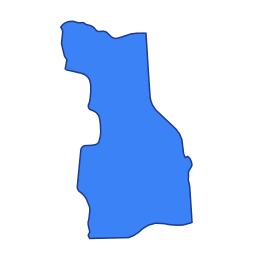 map outline of Donga (orthographic projection), rotated 177°
{"feature_id": "BEN-2182", "entity_name": "Donga", "entity_type": "Department", "adm_level": 1, "iso_a3": "BEN", "parent_name": "Benin", "parent_adm1": "", "projection": "orthographic", "projection_center": [1.891, 9.258], "detail": "fine", "context": "isolated", "style": "filled", "palette": "blue", "viewbox_px": 256, "rotation_deg": 177, "n_neighbors": 0, "source": "natural_earth", "source_scale": "10m", "svg_char_len": 2037}
<svg xmlns="http://www.w3.org/2000/svg" viewBox="0 0 256 256"><g transform="rotate(177 128 128)"><path d="M69.9,96.5L67.8,94.4L66.5,91.0L66.0,88.1L66.6,86.3L69.1,82.5L69.9,80.8L70.1,79.3L70.0,76.5L70.4,75.1L70.6,73.4L69.5,66.9L69.3,56.0L69.1,40.7L69.0,30.4L70.7,29.8L78.5,28.2L84.4,28.4L91.1,29.2L96.9,30.6L105.6,31.5L112.6,29.9L118.4,26.9L123.0,23.2L127.8,20.4L133.0,18.5L172.1,19.7L173.3,22.5L173.2,23.2L173.0,23.8L172.8,24.0L172.7,24.1L171.6,26.2L172.8,33.0L172.8,35.8L171.7,39.7L170.5,47.1L170.4,49.5L170.6,51.4L173.2,59.1L173.5,59.7L175.3,62.7L178.2,65.7L180.5,67.7L181.7,70.2L181.7,72.2L176.3,108.2L175.8,110.0L175.2,110.8L174.4,111.6L173.9,112.0L173.3,112.3L172.6,112.5L171.8,112.7L166.6,112.6L163.3,112.8L161.1,113.2L160.4,113.4L159.4,114.0L158.1,115.0L156.1,121.0L155.4,125.8L155.4,133.7L155.8,138.2L156.4,141.2L156.7,141.9L157.4,143.1L158.2,144.2L159.0,145.1L159.7,145.7L160.7,146.4L164.8,148.4L165.3,148.7L165.7,149.3L166.3,150.4L166.5,151.3L166.5,152.3L166.3,153.0L165.1,155.9L164.3,159.3L163.6,164.1L163.3,165.7L163.0,172.6L163.2,174.9L163.8,177.8L164.3,178.9L164.8,179.9L165.6,181.0L166.6,182.1L167.6,183.0L168.9,183.8L171.7,185.1L185.5,189.0L186.4,189.3L186.8,189.6L187.6,190.4L186.4,195.4L185.4,199.7L186.7,201.4L187.7,203.3L190.0,215.8L188.1,227.8L189.1,231.2L189.9,232.0L188.8,233.7L186.9,235.2L185.7,236.0L184.0,236.7L181.7,237.4L178.4,237.5L177.6,237.5L176.7,237.3L172.9,235.9L171.2,235.6L167.9,235.6L167.1,235.5L166.4,235.2L164.9,233.9L164.3,233.5L160.2,232.3L158.9,231.6L157.7,230.8L156.7,229.9L154.6,227.2L154.1,226.7L153.5,226.3L152.8,226.1L152.0,225.9L147.8,226.0L147.0,225.8L146.2,225.6L145.5,225.3L144.8,225.0L144.2,224.6L140.5,220.5L139.5,219.6L138.3,218.9L136.8,218.3L135.9,218.1L134.3,218.2L132.0,218.6L120.0,221.8L118.4,222.0L117.7,221.9L115.1,222.2L107.6,221.9L105.1,221.7L104.9,203.0L104.8,190.0L104.6,174.7L104.3,157.2L103.6,153.4L102.5,150.0L99.7,145.0L91.1,135.9L80.1,124.3L79.4,123.2L76.7,119.1L74.8,113.5L73.8,99.3L72.3,95.4L69.9,96.5Z" fill="#3b82f6" stroke="#1e3a8a" stroke-width="1.5"/></g></svg>